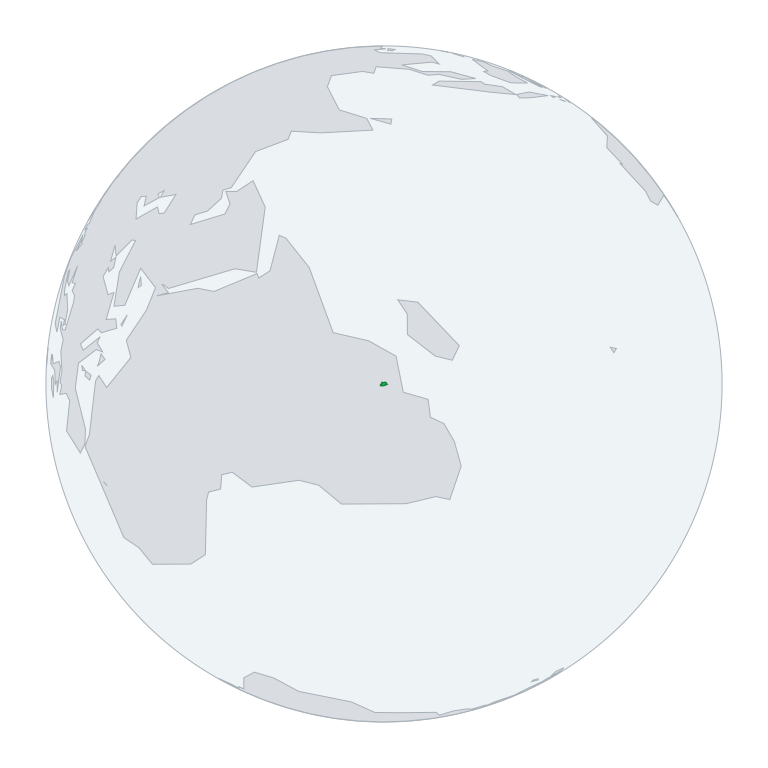 the Earth from above Chikwawa, rotated 294°
{"feature_id": "MWI-1916", "entity_name": "Chikwawa", "entity_type": "District", "adm_level": 1, "iso_a3": "MWI", "parent_name": "Malawi", "parent_adm1": "", "projection": "orthographic", "projection_center": [34.734, -16.216], "detail": "fine", "context": "on_globe", "style": "filled", "palette": "green", "viewbox_px": 768, "rotation_deg": 294, "n_neighbors": 0, "source": "natural_earth", "source_scale": "10m", "svg_char_len": 5989}
<svg xmlns="http://www.w3.org/2000/svg" viewBox="0 0 768 768"><g transform="rotate(294 384 384)"><circle cx="384" cy="384" r="338" fill="#eef3f6" stroke="#a8b0b8"/><path d="M47.5,353.5L47.8,353.7L47.7,365.5L47.2,375.2L48.4,374.4L48.5,380.0L58.4,375.4L68.0,382.7L70.6,402.7L68.5,431.1L80.3,483.6L80.2,509.2L89.4,530.5L105.3,565.3L104.0,569.3L113.9,580.8L121.0,592.1L122.7,596.5L131.2,606.3L133.0,609.3L137.7,613.4L152.6,629.4L162.4,637.4L176.4,649.5L182.8,653.8L183.6,654.9L187.6,658.1L192.1,661.1L189.3,660.1L179.3,652.9L160.4,637.4L142.8,620.6L126.3,602.6L111.2,583.5L97.6,563.3L85.4,542.1L74.7,520.2L65.7,497.5L58.4,474.3L52.7,450.6L48.8,426.5L46.6,402.2L46.1,377.9L47.5,353.5ZM197.9,663.7L191.5,661.5L193.3,661.9L184.5,655.1L191.6,658.1L197.9,663.7ZM176.4,645.2L172.1,639.9L174.1,640.7L177.4,644.6L176.4,645.2ZM456.6,54.0L462.1,55.3L464.8,56.4L467.5,57.0L466.8,56.4L460.0,54.7L484.6,61.4L508.6,69.9L531.9,80.1L554.3,92.1L575.8,105.8L596.2,121.0L615.4,137.7L633.3,155.9L649.8,175.3L664.7,195.9L678.1,217.5L689.8,240.2L691.9,245.0L689.4,244.4L691.0,249.4L685.5,239.5L685.0,245.6L700.9,284.3L702.9,293.6L698.8,304.2L697.5,296.8L682.8,270.5L685.0,291.8L696.4,317.9L700.4,343.6L693.9,331.0L689.2,308.4L683.9,298.4L681.8,279.1L670.6,247.7L663.7,248.3L660.8,237.2L644.4,210.6L632.6,211.3L616.2,231.6L619.6,260.2L611.4,270.5L587.6,223.9L577.3,196.5L568.4,196.8L544.1,172.1L501.3,164.6L495.5,158.0L487.4,159.9L470.3,152.5L461.5,142.4L451.0,142.3L474.6,169.5L485.8,170.1L495.6,161.2L500.0,171.1L516.5,181.7L497.3,203.5L434.2,222.0L428.6,200.9L383.5,148.1L385.1,142.7L385.0,142.1L384.5,141.0L379.8,149.8L372.2,140.7L395.7,175.0L399.4,191.1L433.3,223.2L429.9,226.5L441.0,233.8L477.2,227.9L477.3,235.1L459.9,268.4L410.2,316.7L417.2,352.4L414.3,383.7L384.3,405.0L387.9,430.5L372.5,439.9L372.2,454.8L360.4,471.3L340.4,487.9L305.2,491.1L302.3,477.3L283.5,452.6L257.0,393.9L265.0,365.6L261.5,345.5L236.2,305.4L241.7,281.2L235.1,272.7L221.5,277.4L214.0,267.7L205.8,269.1L155.5,290.2L140.9,280.7L125.2,245.8L134.8,226.6L137.9,208.8L205.3,136.3L218.1,135.4L269.5,119.3L275.7,120.0L268.0,132.1L305.3,142.0L319.2,130.8L354.6,136.9L379.1,136.1L390.8,114.6L350.5,115.2L345.2,105.7L378.7,96.7L414.0,98.7L413.1,95.2L392.1,87.2L401.5,81.8L384.9,84.3L390.7,87.5L380.4,89.7L374.6,87.0L378.1,84.8L367.9,83.6L353.4,95.5L357.7,100.1L329.9,103.9L334.4,112.4L326.3,117.2L315.8,104.9L317.9,100.1L297.2,90.4L292.5,95.5L311.7,105.5L305.1,105.2L298.9,113.8L298.4,107.1L278.7,96.4L254.5,103.7L221.3,129.7L207.7,135.1L197.5,134.7L212.0,113.1L240.8,103.7L246.3,97.5L242.6,92.1L251.7,90.2L253.7,87.4L264.8,84.5L282.4,75.5L294.0,72.9L303.0,65.6L310.2,63.7L302.8,68.2L303.9,70.7L332.9,67.1L339.1,65.2L342.6,61.1L350.1,61.3L349.8,57.9L367.5,56.0L345.7,56.1L349.2,53.0L360.9,50.5L358.2,49.9L339.1,54.2L335.0,56.1L337.7,57.5L323.1,64.9L312.7,67.2L313.1,60.8L298.4,64.1L305.2,59.1L352.7,48.1L371.5,46.6L398.3,48.4L392.7,49.3L380.4,48.7L389.9,51.2L390.1,50.0L396.3,50.6L401.3,49.1L406.0,49.6L402.7,47.9L409.0,48.4L410.9,49.4L423.6,49.2L437.3,51.0L437.9,50.8L434.7,50.1L454.1,53.7L453.7,53.5L447.2,52.1L442.2,51.1L456.6,54.0ZM180.6,167.4L178.4,172.6L180.6,167.4ZM450.9,113.7L472.5,116.8L463.7,103.9L471.3,104.4L465.6,100.2L463.0,103.0L449.1,92.4L458.7,90.5L456.6,86.0L449.2,84.8L433.8,90.4L453.6,105.0L448.2,109.3L450.9,113.7ZM254.0,77.9L257.0,78.0L251.7,81.5L237.0,87.5L244.6,82.2L254.0,77.9ZM262.6,77.6L267.1,71.2L276.3,68.1L270.4,70.7L276.1,69.3L268.0,73.4L272.4,77.9L268.0,81.5L243.4,88.9L253.8,84.1L250.2,83.8L262.6,77.6ZM280.7,62.3L277.8,63.2L263.0,68.5L262.2,68.8L280.7,62.3ZM283.7,114.9L288.7,114.7L296.6,113.2L292.9,119.1L283.7,114.9ZM269.8,107.6L274.5,106.2L273.0,112.8L267.9,113.5L269.8,107.6ZM278.2,100.3L274.8,105.6L273.6,103.1L278.2,100.3ZM307.2,67.2L312.3,66.0L312.4,66.8L309.0,68.7L307.2,67.2ZM383.2,118.1L375.5,122.2L372.1,120.3L375.4,119.2L383.2,118.1ZM331.5,119.4L342.8,121.4L330.3,121.0L331.5,119.4ZM509.6,575.9L511.0,581.9L506.1,581.2L509.6,575.9ZM472.5,381.6L449.6,437.2L433.5,436.7L430.4,419.4L438.7,385.3L457.4,376.8L466.5,362.3L472.5,381.6ZM715.5,428.5L716.0,433.8L715.7,435.2L715.5,428.5ZM715.3,419.3L716.4,424.0L714.5,422.0L715.3,419.3ZM716.8,425.9L717.9,427.3L718.4,426.7L717.9,429.6L716.8,425.9ZM714.2,416.6L705.1,401.4L700.5,391.6L702.4,387.3L709.8,397.9L714.2,416.6ZM702.0,386.7L693.9,362.5L676.9,306.8L683.2,311.3L699.7,349.8L698.8,353.8L703.8,371.2L702.0,386.7ZM718.4,379.0L717.3,392.7L713.1,383.0L710.7,377.0L709.2,356.0L710.1,348.1L712.3,351.4L716.5,332.5L718.8,344.3L718.6,353.5L720.2,369.5L718.4,379.0ZM621.1,263.4L629.2,283.3L624.2,284.6L621.1,263.4ZM714.9,316.4L715.4,324.5L713.9,311.6L714.9,316.4ZM713.2,307.7L711.7,301.4L711.9,302.2L713.2,307.7ZM694.1,257.9L691.9,256.2L690.3,251.7L692.0,251.2L694.1,257.9ZM420.3,48.0L420.2,48.0L427.2,49.0L414.0,47.5L414.4,47.4L420.3,48.0ZM656.6,583.7L655.8,584.7L664.7,572.1L670.2,562.8L658.7,561.4L659.5,553.2L666.5,544.5L681.4,510.1L681.9,512.3L690.5,491.4L701.4,487.3L711.5,465.3L709.6,474.4L702.2,497.7L693.2,520.4L682.5,542.3L670.3,563.5L656.6,583.7ZM717.9,435.8L716.5,439.6L718.2,433.6L718.0,435.4L717.9,435.8ZM721.8,376.5L720.9,375.2L721.1,385.7L721.8,385.2L721.2,389.5L720.7,407.9L720.1,412.4L720.8,392.7L719.4,408.2L719.0,405.6L719.7,390.1L720.7,375.1L721.1,370.3L721.8,375.4L721.8,376.5ZM718.8,338.5L718.9,338.8L718.7,337.3L718.8,338.5Z" fill="#d9dde1" stroke="#a8b0b8" stroke-width="1"/><path d="M384.9,386.9L384.7,386.8L384.6,386.7L384.5,386.4L384.2,386.2L384.1,385.9L383.6,385.7L383.5,385.4L383.4,385.3L383.2,385.2L382.9,384.6L382.6,384.5L382.4,384.5L382.3,384.3L382.0,383.8L382.0,383.6L382.2,383.2L382.0,382.9L381.6,382.4L381.3,382.3L381.2,382.2L381.2,381.9L381.2,381.7L381.4,381.3L381.5,381.3L381.6,381.2L381.8,381.1L382.7,381.5L382.9,381.6L384.1,381.6L384.7,381.7L384.8,381.7L384.8,381.8L384.8,382.0L384.7,382.1L384.7,382.3L384.6,382.5L384.8,382.6L384.8,382.8L385.2,383.4L386.0,384.3L386.1,384.7L385.9,385.6L385.7,385.7L385.4,386.1L385.3,386.3L385.2,386.5L384.9,386.8L384.9,386.9Z" fill="#22c55e" stroke="#15803d" stroke-width="1.5"/></g></svg>